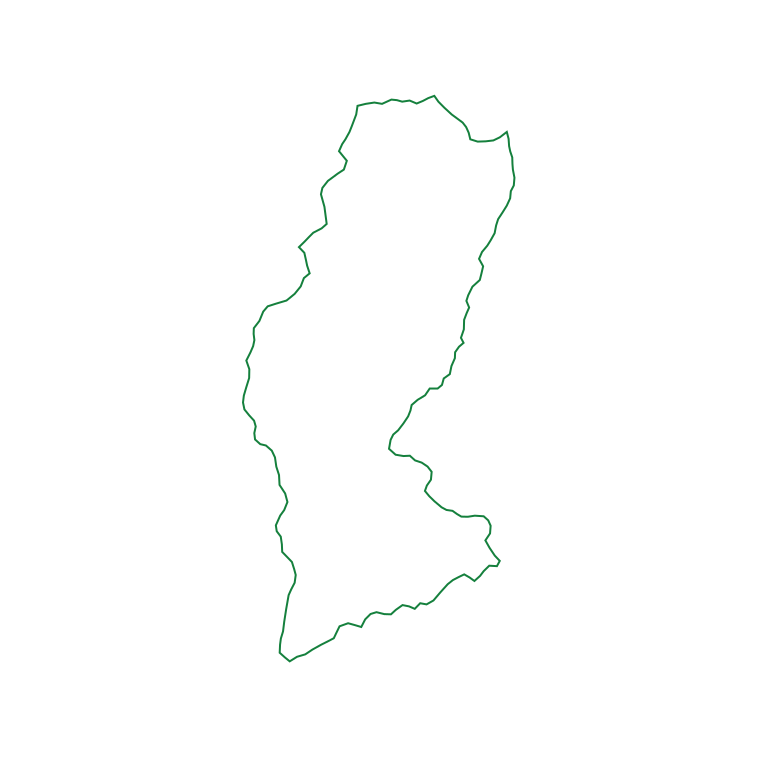 outline of Capetinga, Minas Gerais, Brazil, rotated 42°
{"feature_id": "56859067B5819278001794", "entity_name": "Capetinga", "entity_type": "district", "adm_level": 2, "iso_a3": "BRA", "parent_name": "Brazil", "parent_adm1": "Minas Gerais", "projection": "natural_earth1", "projection_center": [-47.021, -20.66], "detail": "fine", "context": "isolated", "style": "outline", "palette": "green", "viewbox_px": 768, "rotation_deg": 42, "n_neighbors": 0, "source": "geoboundaries", "source_scale": "gbopen_adm2", "svg_char_len": 2757}
<svg xmlns="http://www.w3.org/2000/svg" viewBox="0 0 768 768"><g transform="rotate(42 384 384)"><path d="M529.7,579.8L527.5,571.5L527.9,563.9L531.1,558.6L538.2,554.8L543.3,550.5L543.9,544.0L545.7,535.9L551.4,532.5L557.3,530.5L557.6,522.7L563.1,519.3L565.6,511.8L565.3,501.3L565.3,490.2L566.4,483.6L568.6,477.7L571.0,471.8L577.1,470.5L583.0,469.9L583.8,462.3L583.3,456.4L583.8,448.6L589.8,443.8L588.4,438.0L581.1,437.4L572.0,435.1L564.0,432.4L562.8,424.1L558.1,418.0L552.7,415.6L546.6,415.6L539.6,421.1L535.1,426.6L530.2,430.8L525.2,431.8L519.8,432.4L514.7,435.8L509.3,437.1L499.9,437.4L492.7,437.1L486.0,436.1L483.8,430.8L482.9,423.7L478.2,417.4L471.6,416.2L464.6,417.2L458.2,420.0L451.2,420.0L446.7,424.5L439.9,428.8L431.1,428.8L426.3,421.1L424.7,415.4L425.5,408.9L424.8,400.2L423.6,391.9L421.4,386.0L418.6,381.1L419.6,373.2L422.1,364.9L421.0,356.8L426.9,351.5L427.7,345.9L424.7,339.9L426.3,332.6L422.1,325.5L419.4,317.4L415.6,312.8L414.8,306.1L415.6,300.2L410.3,298.2L406.8,290.0L400.6,282.7L398.0,276.0L396.1,270.2L389.6,267.1L387.2,261.7L384.6,252.5L385.6,242.6L382.6,236.9L378.9,230.2L370.9,227.4L368.5,220.3L368.2,212.1L367.1,205.8L365.3,197.9L361.2,191.1L358.5,185.1L357.3,177.2L355.9,169.3L353.5,161.6L349.2,155.8L347.6,149.6L342.9,143.4L336.3,138.4L332.3,134.6L327.7,129.8L322.2,126.7L317.8,123.5L312.5,118.4L306.6,114.5L305.0,123.2L302.3,129.8L297.2,135.6L291.4,141.2L284.4,144.4L278.8,140.6L273.1,138.1L267.5,137.1L261.1,137.7L254.0,138.4L244.1,138.3L235.5,137.8L228.6,136.2L225.6,141.9L223.5,147.6L220.6,153.7L213.4,156.2L208.6,162.0L203.7,164.4L199.2,167.7L195.1,177.1L188.5,181.3L183.0,188.0L178.2,195.0L183.0,202.3L187.6,214.1L189.7,219.8L191.6,228.0L192.4,233.7L194.8,241.1L207.0,243.0L210.7,251.5L208.8,258.8L206.4,270.6L207.0,279.5L210.2,285.2L221.2,292.2L234.3,303.4L233.5,310.1L230.2,318.9L229.9,324.7L229.7,331.4L229.2,339.2L237.0,339.8L243.2,344.2L247.7,347.5L254.7,351.5L253.6,358.9L256.8,367.2L257.3,376.8L255.7,387.2L249.9,396.7L245.6,404.1L245.8,411.0L249.2,420.5L249.9,429.6L253.6,434.0L258.3,438.1L261.4,443.4L263.6,449.9L266.0,458.7L274.0,463.1L279.8,469.8L283.9,478.7L287.6,486.4L291.6,492.1L297.3,496.3L304.8,497.5L312.0,498.2L317.1,501.4L320.5,507.3L325.3,511.5L332.3,511.5L337.4,508.7L345.2,508.6L352.1,511.5L359.3,517.5L366.9,521.9L373.9,528.9L383.8,531.5L391.2,536.3L394.2,544.5L394.9,551.2L398.2,561.4L402.8,565.2L409.4,566.5L415.4,571.5L420.7,576.9L429.5,577.5L434.7,577.9L441.3,581.8L446.2,585.0L450.6,591.5L452.5,598.8L454.4,604.7L461.9,616.7L468.9,627.4L474.5,635.4L477.7,642.2L481.2,647.3L486.3,653.5L493.2,653.5L499.5,653.2L501.9,644.9L506.4,637.6L508.5,629.3L511.7,619.9L514.7,612.2L516.8,606.5L515.2,601.1L513.1,593.8L517.4,585.8L523.6,582.7L529.7,579.8Z" fill="none" stroke="#15803d" stroke-width="2"/></g></svg>